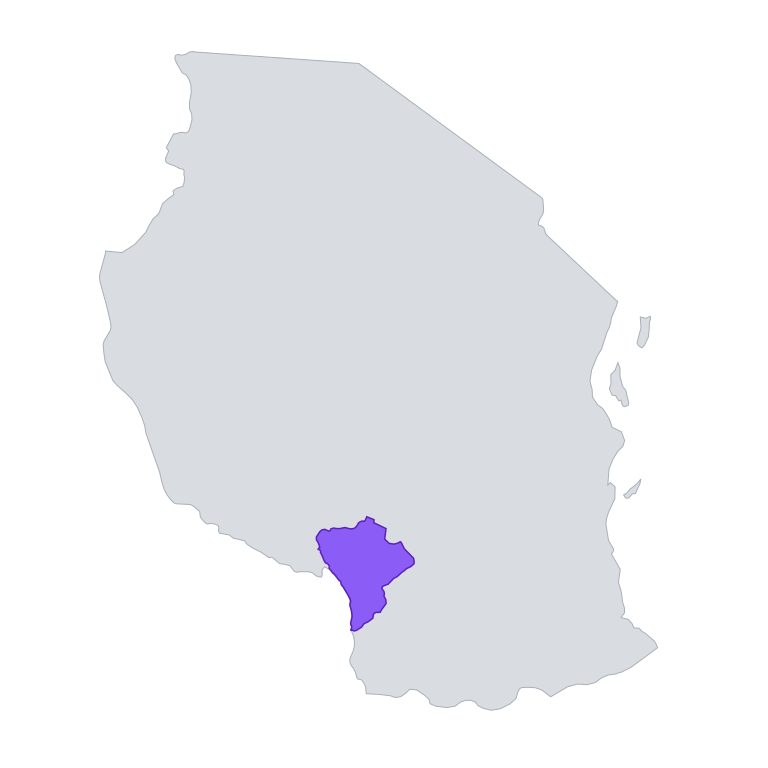 where Njombe sits in United Republic of Tanzania, rotated 4°
{"feature_id": "TZA-5587", "entity_name": "Njombe", "entity_type": "Region", "adm_level": 1, "iso_a3": "TZA", "parent_name": "United Republic of Tanzania", "parent_adm1": "", "projection": "robinson", "projection_center": [34.628, -9.571], "detail": "fine", "context": "in_parent", "style": "filled", "palette": "violet", "viewbox_px": 768, "rotation_deg": 4, "n_neighbors": 0, "source": "natural_earth", "source_scale": "10m", "svg_char_len": 5303}
<svg xmlns="http://www.w3.org/2000/svg" viewBox="0 0 768 768"><g transform="rotate(4 384 384)"><path d="M281.4,565.3L272.9,560.2L265.1,557.1L258.8,553.7L256.0,550.3L250.0,549.1L244.9,548.5L240.1,545.4L230.3,544.3L229.2,542.2L229.1,537.6L227.4,536.4L223.8,535.3L220.0,535.3L217.6,536.0L216.3,535.6L213.1,532.9L210.1,529.5L209.0,524.0L204.5,520.5L199.4,517.7L185.0,518.0L182.8,517.2L179.4,514.4L175.4,509.8L172.1,504.6L169.3,497.5L166.4,487.9L149.9,449.6L148.2,442.4L144.9,434.4L139.6,424.5L134.1,417.2L126.5,410.6L117.9,404.0L113.3,399.5L104.4,381.5L102.5,373.1L101.1,364.4L101.7,360.8L107.2,349.6L107.7,346.4L107.0,342.1L104.3,333.2L100.8,322.3L93.8,302.5L92.7,297.5L92.9,293.7L96.9,273.6L96.9,270.8L113.4,271.2L125.4,262.4L135.8,249.2L137.9,243.7L142.2,235.2L146.4,231.0L148.0,228.1L150.4,219.7L155.9,214.0L161.2,209.6L160.1,206.5L160.9,205.3L163.8,203.1L169.5,201.0L170.6,196.6L170.6,191.6L169.7,188.8L169.8,185.6L169.0,183.8L165.2,183.4L159.7,180.9L155.1,179.8L151.9,178.4L150.8,177.3L150.3,174.3L152.9,166.6L150.3,163.4L156.0,150.6L157.0,149.1L159.1,148.9L162.4,147.5L165.5,146.9L168.0,147.4L169.8,146.9L171.5,145.4L172.8,141.1L174.0,133.8L173.3,127.9L170.9,123.4L170.3,116.4L171.4,107.1L170.6,99.4L167.9,93.2L165.2,89.5L161.1,87.7L154.6,78.3L152.6,73.7L153.0,70.9L155.2,69.6L159.3,70.1L163.2,69.0L166.8,66.4L170.4,65.6L172.2,66.0L336.6,66.0L528.7,187.4L529.6,188.9L531.1,199.3L530.7,202.9L527.8,208.9L526.9,212.0L526.9,214.2L527.6,215.1L530.1,215.4L532.2,216.8L533.0,218.0L534.7,222.5L536.8,224.8L609.7,284.3L611.4,285.2L610.3,290.2L606.2,302.3L605.9,307.4L604.3,313.3L602.7,317.2L598.5,334.3L595.0,340.7L590.1,355.6L589.3,367.0L592.0,375.1L592.9,382.6L598.5,389.9L603.0,392.5L606.1,395.9L611.4,403.6L614.5,411.3L624.2,415.1L628.0,423.7L626.6,429.6L622.1,434.6L617.8,442.6L614.4,453.0L614.3,469.1L616.6,466.6L621.7,470.5L622.3,482.4L617.0,496.1L615.4,502.5L615.1,508.0L618.9,524.5L624.7,532.9L624.2,535.5L622.7,537.7L632.6,552.5L631.7,565.4L635.4,575.4L637.0,584.1L639.5,590.8L639.9,595.4L636.9,600.5L644.1,601.8L648.3,605.9L650.3,609.9L655.5,609.8L658.3,612.5L662.4,614.7L671.4,621.4L673.8,624.8L675.3,628.0L650.4,649.2L641.4,654.6L635.0,657.2L628.1,658.6L621.6,661.9L615.5,667.1L607.6,669.8L598.0,669.8L588.0,673.4L572.1,684.4L562.9,678.3L555.7,676.4L547.4,676.6L542.3,677.3L540.5,678.7L538.9,682.4L537.6,688.5L532.1,694.3L522.5,699.9L513.7,702.0L505.7,700.6L500.2,698.3L497.4,695.0L493.2,693.5L487.7,693.8L482.4,696.1L477.3,700.5L469.2,702.4L458.1,701.8L452.2,699.7L451.3,696.0L446.5,691.8L437.6,686.8L431.0,686.7L426.8,691.4L422.9,694.4L419.5,695.6L416.3,695.8L411.9,694.5L399.6,694.0L387.9,694.2L386.8,687.4L384.4,683.2L382.3,680.7L378.3,680.1L377.1,678.2L375.8,674.0L373.8,670.4L371.2,667.4L369.6,664.6L369.1,662.1L369.5,659.3L371.9,652.3L372.7,647.5L372.4,642.6L371.1,637.6L368.3,631.6L368.7,629.9L367.7,625.8L367.6,623.0L368.2,619.4L367.6,614.8L365.2,604.8L365.2,602.2L362.7,597.4L355.0,586.0L354.6,584.5L342.5,573.0L337.6,570.5L335.9,572.6L335.2,574.6L335.7,578.3L335.4,580.1L334.9,581.0L332.1,580.9L330.2,580.4L325.6,577.3L322.1,576.6L313.2,577.1L310.1,577.9L307.6,577.2L302.9,571.9L297.4,570.8L292.4,570.5L284.3,564.5L281.4,565.3ZM625.5,373.3L629.5,385.9L629.0,388.3L626.2,389.7L624.7,389.8L622.9,387.8L621.7,383.5L619.5,384.6L615.9,379.5L612.3,379.2L609.1,373.1L610.4,367.8L609.6,358.8L613.6,354.2L615.8,346.4L618.3,351.7L618.9,360.0L622.2,369.7L625.5,373.3ZM645.0,297.9L645.3,300.9L644.5,303.7L644.7,312.7L644.4,318.7L641.3,326.9L638.9,329.9L636.7,329.0L634.9,327.6L633.5,325.4L636.4,310.2L635.0,299.2L640.6,300.2L645.0,297.9ZM636.5,480.3L633.6,481.1L632.5,480.3L630.8,477.9L633.8,475.8L636.8,471.7L643.6,465.6L646.8,460.8L646.3,465.5L642.4,475.8L639.1,476.4L636.5,480.3Z" fill="#d9dde1" stroke="#a8b0b8" stroke-width="1"/><path d="M368.2,632.0L368.1,631.7L368.2,631.0L368.7,629.6L368.8,629.1L368.6,628.0L367.6,626.1L367.4,624.8L368.4,618.3L368.4,617.7L368.3,616.9L367.9,615.6L367.4,612.5L365.7,608.1L365.3,606.1L365.4,605.5L365.8,604.3L365.9,603.6L365.9,603.0L365.3,601.0L363.7,598.5L363.1,597.3L357.9,590.0L357.8,589.7L356.9,588.7L356.6,588.6L355.5,587.2L355.2,586.7L354.9,585.6L354.8,584.6L354.5,583.8L352.9,583.1L347.8,577.1L346.3,576.3L345.4,575.2L345.0,574.9L343.2,572.5L342.5,572.1L342.0,571.4L342.2,569.4L340.1,567.0L339.0,566.9L338.0,566.4L336.4,564.0L333.6,558.4L332.4,556.7L332.3,554.8L331.7,554.1L329.9,553.6L330.2,552.4L331.3,551.7L330.4,549.0L329.2,546.5L327.5,544.3L327.2,541.4L330.2,535.9L332.3,533.8L335.2,533.1L339.0,534.6L340.5,534.1L341.0,532.4L343.7,531.2L346.7,531.5L349.7,531.4L355.0,529.9L360.0,530.8L362.7,530.7L365.1,529.6L366.9,527.4L368.3,524.3L370.0,523.0L371.9,522.2L373.6,522.4L374.8,521.5L376.1,517.6L383.5,520.1L383.5,523.1L396.1,528.1L395.5,538.7L400.4,542.7L405.4,543.0L409.2,541.6L410.2,541.0L411.1,540.2L412.2,540.8L415.8,547.0L425.6,555.7L426.4,558.4L426.5,561.2L424.9,562.9L423.1,564.5L420.7,565.8L418.7,567.2L417.1,569.0L415.1,570.5L410.6,575.2L407.2,577.3L402.1,583.4L398.3,585.1L396.6,586.2L396.1,587.8L397.0,589.4L398.2,590.6L399.0,592.8L398.8,595.7L400.9,599.1L401.4,602.9L397.0,609.8L396.3,611.8L394.4,612.3L392.5,612.2L390.8,613.0L389.5,614.5L389.2,618.4L384.8,622.3L380.9,624.4L378.5,628.2L374.0,631.5L372.5,632.2L370.9,632.4L370.3,631.9L369.6,631.7L368.3,632.0L368.2,632.0Z" fill="#8b5cf6" stroke="#5b21b6" stroke-width="1.5"/></g></svg>